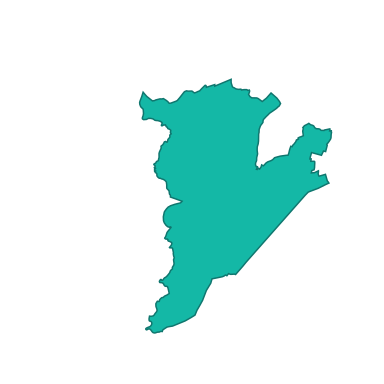 the district of Di An, Bình Dương, Vietnam, rotated 219°
{"feature_id": "81297802B25090486882402", "entity_name": "Di An", "entity_type": "district", "adm_level": 2, "iso_a3": "VNM", "parent_name": "Vietnam", "parent_adm1": "Bình Dương", "projection": "equal_earth", "projection_center": [106.783, 10.917], "detail": "fine", "context": "isolated", "style": "filled", "palette": "teal", "viewbox_px": 384, "rotation_deg": 219, "n_neighbors": 0, "source": "geoboundaries", "source_scale": "gbopen_adm2", "svg_char_len": 6096}
<svg xmlns="http://www.w3.org/2000/svg" viewBox="0 0 384 384"><g transform="rotate(219 192 192)"><path d="M146.9,68.8L145.7,66.6L144.8,65.5L144.4,65.2L143.9,65.0L142.6,65.5L142.0,65.5L141.2,65.2L140.6,64.7L140.1,63.8L139.8,62.8L139.8,62.0L140.0,60.9L141.1,59.0L141.8,57.5L141.9,56.8L141.4,56.2L140.7,56.2L140.4,56.5L140.1,57.0L139.6,58.2L139.2,58.6L138.6,58.9L137.2,58.9L135.0,58.3L133.9,58.2L133.3,58.4L132.5,58.8L131.7,59.6L130.8,61.1L130.2,61.8L129.4,62.4L128.6,63.9L127.3,64.9L127.6,65.5L127.8,66.0L127.8,66.8L127.3,68.6L126.4,71.3L125.4,72.6L122.7,75.6L116.2,87.5L113.7,93.9L112.2,98.2L113.7,103.2L114.6,109.0L115.6,114.5L118.9,124.6L120.0,132.9L121.8,137.1L115.2,145.1L114.2,146.8L114.2,147.2L113.8,148.3L113.5,148.7L112.2,148.9L112.2,151.6L110.5,152.1L108.8,153.5L107.5,154.8L106.2,155.3L105.8,166.3L105.8,171.3L102.0,260.8L101.6,265.0L101.0,266.2L96.3,274.2L92.8,281.9L91.2,285.1L93.1,285.7L93.7,285.7L99.4,289.7L102.8,284.8L103.4,284.3L103.6,284.3L105.5,285.6L106.4,287.2L107.1,288.0L109.0,284.1L111.3,281.9L112.4,284.0L111.1,286.1L112.0,287.9L115.0,292.0L115.8,292.8L116.3,292.8L119.0,290.6L120.2,292.7L121.2,291.9L121.9,293.2L123.9,297.9L114.5,302.0L115.6,306.6L113.6,307.5L116.2,313.2L116.4,313.5L117.1,313.7L117.3,313.9L117.2,315.8L117.4,318.5L117.6,320.3L118.1,321.6L120.0,324.2L121.1,326.2L121.3,326.4L121.8,326.3L122.3,327.2L123.5,326.1L124.1,327.4L124.6,327.8L128.1,323.5L128.0,323.0L130.4,321.2L130.9,321.1L132.1,321.3L132.5,321.2L133.3,320.8L135.4,319.3L135.9,319.4L136.9,319.2L138.9,319.9L139.4,319.9L140.3,319.7L142.2,318.9L144.4,318.9L144.9,317.5L146.3,314.4L146.4,313.6L146.4,311.9L146.0,311.9L144.9,310.3L144.3,309.0L140.9,305.8L141.9,303.8L142.9,302.3L143.5,300.9L143.5,300.6L142.6,300.2L142.8,299.4L143.6,298.2L143.5,297.9L143.0,296.4L142.9,293.7L143.1,291.8L142.7,290.3L144.0,289.7L142.8,286.4L141.2,283.1L140.5,281.0L141.8,279.9L146.0,275.4L148.4,272.1L149.4,270.6L149.6,268.0L150.3,266.1L152.1,263.1L152.7,261.2L152.9,258.1L153.1,257.2L154.9,256.9L154.2,255.2L154.0,254.5L153.9,252.4L155.4,252.3L155.4,250.6L156.2,250.2L156.5,251.5L157.1,252.8L158.1,252.2L159.6,253.0L160.4,253.9L161.0,255.0L161.4,256.6L161.8,257.4L163.3,259.3L165.0,262.9L167.6,265.4L169.3,267.6L169.8,268.4L170.9,271.1L172.4,273.5L176.7,279.0L177.4,280.5L179.2,282.9L180.3,286.1L180.5,286.9L180.6,289.9L180.7,290.8L181.6,292.0L182.0,293.0L182.1,293.4L182.0,294.6L181.8,297.5L181.5,299.6L181.3,302.0L179.2,309.2L178.9,310.5L178.7,312.4L178.4,313.2L178.4,314.2L178.7,315.4L178.8,316.4L181.0,317.4L185.2,318.4L192.9,318.7L193.2,311.8L194.4,306.5L199.3,306.3L200.8,305.9L204.8,302.8L207.0,302.6L209.5,303.5L209.9,304.9L210.4,306.1L210.8,306.8L211.6,307.3L212.6,306.0L213.5,306.1L214.0,305.9L216.1,304.2L217.8,302.4L218.7,302.7L220.5,301.0L222.1,300.1L223.1,299.7L224.4,299.6L226.0,299.2L226.8,299.2L230.1,301.4L231.0,302.3L232.5,304.2L240.9,288.6L241.9,289.8L243.4,287.5L246.7,282.4L247.6,283.3L248.5,283.5L249.0,283.0L249.5,278.6L249.7,275.4L250.7,273.7L251.6,271.8L252.5,270.5L255.6,270.4L258.4,268.0L260.0,267.1L261.0,265.2L261.0,263.0L260.9,257.5L261.0,253.9L261.4,252.8L264.4,247.7L265.5,246.6L267.7,247.0L269.6,247.0L273.0,246.6L274.0,245.3L275.5,244.2L278.0,240.9L278.7,239.4L280.1,237.9L287.1,237.8L289.7,238.2L292.8,238.8L291.1,234.5L289.8,230.5L289.1,228.7L287.9,227.4L286.3,226.4L285.2,225.9L282.0,225.6L279.1,222.5L278.0,220.5L277.4,218.7L277.0,218.0L276.4,217.6L275.1,217.8L273.1,219.7L272.2,221.8L270.6,223.1L269.1,223.9L268.0,224.3L266.0,224.4L265.0,224.9L263.4,226.0L261.3,226.9L260.0,227.1L259.3,227.1L258.8,226.9L258.4,226.4L257.9,224.8L257.6,224.4L257.2,224.4L256.6,225.0L256.2,226.4L255.5,226.7L255.0,227.4L254.6,227.4L253.3,226.6L252.4,226.6L252.1,226.8L250.9,226.2L250.4,226.1L249.0,226.6L247.4,226.6L246.9,226.0L246.5,225.0L246.1,224.6L244.9,224.2L244.8,223.9L244.8,223.6L245.1,223.2L245.0,222.2L243.9,220.9L243.7,220.5L243.8,218.5L243.7,217.5L242.7,215.5L242.8,215.0L243.0,214.8L244.2,214.7L244.5,214.5L245.0,213.5L244.7,212.3L244.5,211.1L244.5,209.8L244.8,208.9L244.9,208.2L244.7,207.8L243.8,207.0L243.4,206.2L242.5,202.6L241.8,201.1L239.4,198.2L238.6,196.3L238.2,195.8L238.0,195.1L238.1,194.6L238.7,193.5L238.7,192.9L238.4,191.5L238.6,191.0L239.0,190.5L239.1,189.9L239.0,189.4L238.6,189.2L237.4,189.3L236.9,188.9L236.6,188.2L236.7,187.4L236.6,187.2L236.2,187.2L235.6,187.6L235.2,187.5L235.1,187.1L235.2,186.8L235.6,186.8L235.7,186.7L235.5,186.2L234.8,185.5L234.3,184.7L234.1,184.6L233.8,185.3L233.5,185.5L233.3,185.2L233.1,184.5L232.9,184.2L232.6,184.0L232.1,184.2L231.3,184.2L230.8,184.0L229.5,182.6L229.0,182.3L228.0,182.1L226.6,182.0L225.9,182.2L225.2,182.8L224.2,182.9L222.7,183.6L221.9,183.8L220.7,184.0L218.8,183.8L218.1,183.5L216.1,181.6L214.5,179.6L213.7,178.9L211.3,178.6L210.4,178.3L208.3,176.3L207.9,176.1L207.0,176.0L206.7,175.8L205.6,174.5L193.9,178.6L194.0,176.6L194.4,175.9L197.5,171.8L200.1,167.7L200.6,166.2L201.0,165.5L201.2,163.0L201.1,160.3L200.9,159.0L198.7,154.7L196.0,151.7L194.1,150.6L191.3,149.8L189.1,149.7L187.5,150.3L186.8,151.4L186.1,151.4L186.0,150.9L186.0,147.8L186.0,145.6L185.8,144.4L184.8,141.9L184.3,140.2L184.3,139.3L184.1,138.9L183.1,138.8L182.5,139.1L181.5,139.9L180.7,139.8L180.2,139.1L179.5,139.0L177.8,139.6L176.1,139.9L175.4,139.5L174.8,138.2L174.6,137.3L174.6,134.7L174.2,134.6L172.3,136.0L171.7,136.0L168.2,133.1L167.8,132.3L166.1,130.8L164.4,129.7L163.7,127.7L161.0,125.2L160.2,123.8L159.9,121.5L159.8,121.0L158.9,119.9L158.9,119.1L159.1,118.6L159.2,117.5L159.1,116.7L158.7,115.8L158.5,114.7L158.5,111.4L158.7,109.7L159.0,108.7L159.3,108.1L159.4,107.1L159.2,105.7L159.5,104.7L160.0,104.4L160.9,104.6L161.4,104.1L161.2,102.2L160.8,101.7L160.1,101.4L158.7,102.2L158.3,102.6L157.8,102.7L157.3,102.8L156.1,102.6L154.9,102.0L154.3,101.9L153.5,101.9L152.7,102.4L152.4,102.8L151.5,103.0L150.0,102.1L145.8,98.8L146.8,95.7L147.5,94.6L147.9,93.3L148.0,92.0L148.9,91.0L149.1,90.4L149.3,89.4L149.3,87.9L148.6,86.4L149.4,85.7L150.0,85.5L150.2,85.1L149.8,82.5L149.0,81.5L147.9,80.3L146.4,79.4L144.7,78.2L144.2,76.7L144.2,74.2L144.0,72.5L144.1,71.7L144.4,71.0L145.5,69.7L146.9,68.8Z" fill="#14b8a6" stroke="#0f766e" stroke-width="1.5"/></g></svg>